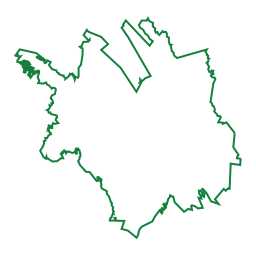 outline of San Miguel Soyaltepec, Oaxaca, Mexico
{"feature_id": "50627088B40621475737534", "entity_name": "San Miguel Soyaltepec", "entity_type": "district", "adm_level": 2, "iso_a3": "MEX", "parent_name": "Mexico", "parent_adm1": "Oaxaca", "projection": "equal_earth", "projection_center": [-96.489, 18.251], "detail": "fine", "context": "isolated", "style": "outline", "palette": "green", "viewbox_px": 256, "rotation_deg": 0, "n_neighbors": 0, "source": "geoboundaries", "source_scale": "gbopen_adm2", "svg_char_len": 5557}
<svg xmlns="http://www.w3.org/2000/svg" viewBox="0 0 256 256"><path d="M19.8,49.4L15.4,55.5L15.8,55.8L16.7,54.1L17.0,55.8L17.9,56.3L18.2,55.2L19.4,56.7L20.5,56.4L17.9,59.8L17.8,59.2L17.2,61.8L21.1,62.2L20.0,63.1L22.3,64.6L22.8,66.5L23.6,66.1L23.1,65.5L23.6,64.0L21.7,64.0L22.0,62.7L22.1,63.5L23.7,62.8L21.5,61.1L24.9,62.0L23.1,60.3L26.1,61.5L26.3,62.7L27.4,62.2L26.7,61.2L28.4,61.7L29.4,63.2L28.0,63.9L27.9,62.5L27.3,64.3L26.9,63.8L26.1,64.6L26.3,63.9L25.6,63.1L25.2,64.8L24.7,64.2L24.3,65.5L25.3,65.6L25.2,66.7L25.5,65.8L28.0,65.3L26.8,66.1L27.3,66.2L26.7,67.1L27.4,67.1L26.8,67.6L27.2,68.9L26.4,68.5L26.2,69.9L26.0,69.0L25.3,69.3L25.6,67.7L24.8,69.0L25.0,69.8L24.3,68.9L24.5,67.9L23.7,68.3L24.3,69.4L23.7,72.0L24.3,72.2L24.3,70.2L24.8,70.8L26.1,70.2L24.9,71.5L24.8,72.6L25.6,72.4L25.5,71.0L26.3,70.3L27.4,70.3L27.4,69.2L28.6,69.8L29.1,67.9L28.0,67.8L27.8,66.9L28.0,65.6L29.2,64.6L29.7,64.7L28.7,65.5L28.5,67.3L29.1,67.1L29.1,66.2L33.8,68.1L33.7,69.3L33.6,68.5L32.8,68.4L32.7,70.6L31.9,67.5L30.2,67.8L31.9,68.7L31.8,69.4L30.7,68.9L30.4,69.8L30.8,69.1L32.2,70.5L31.2,70.8L31.4,71.7L29.8,70.4L29.7,71.2L30.9,72.4L30.1,73.3L29.4,72.3L29.3,73.2L28.0,73.3L28.9,73.3L28.9,74.2L28.2,74.5L28.6,75.6L29.2,75.5L29.0,74.2L30.2,73.8L30.1,75.1L30.8,76.0L30.0,76.9L30.5,77.8L33.3,74.1L34.3,73.9L33.5,73.3L33.5,71.2L35.1,71.3L34.9,71.8L36.5,72.7L37.0,71.2L37.8,72.0L38.5,70.7L39.1,71.0L39.0,72.8L37.7,77.3L39.3,80.8L38.2,83.1L43.5,83.6L46.0,82.4L47.3,84.7L48.7,85.1L51.8,88.7L52.8,87.7L55.0,88.2L55.9,89.4L54.9,94.1L51.9,95.4L50.7,98.2L52.7,100.8L53.0,103.1L51.5,103.2L52.0,104.4L50.9,105.9L49.6,105.3L49.8,107.4L49.1,108.9L47.2,110.0L48.0,110.2L48.7,112.7L50.2,112.4L50.9,114.0L56.8,115.6L57.1,117.5L56.1,118.3L55.7,120.1L58.3,123.1L54.9,123.9L53.1,123.0L52.4,124.6L52.2,128.0L51.3,128.0L50.5,125.9L47.9,125.2L50.0,126.9L49.5,127.8L48.0,128.0L47.9,128.6L48.7,128.3L48.3,129.0L49.0,129.9L48.2,130.7L48.8,130.7L49.5,132.5L50.5,132.6L51.1,134.0L48.4,135.5L47.1,138.1L45.3,138.0L45.5,140.7L43.8,141.2L44.1,143.4L42.8,146.8L40.2,150.7L43.5,157.0L45.9,158.7L46.5,156.6L47.0,158.6L48.0,158.6L52.3,161.5L57.2,161.2L61.2,158.1L63.1,158.3L61.7,154.7L60.8,154.1L61.9,152.3L63.0,153.0L63.7,150.5L64.3,150.3L65.8,153.2L66.4,151.6L67.3,152.2L68.4,151.5L72.6,153.0L74.6,152.1L75.6,150.3L76.0,153.7L76.8,153.6L76.8,150.8L75.7,149.1L76.3,148.5L77.9,149.6L78.0,147.8L78.6,149.9L79.6,150.4L79.8,153.0L80.3,153.1L80.4,156.3L79.6,157.0L79.5,158.9L78.2,161.1L80.0,165.1L85.9,171.7L89.8,172.2L96.5,180.9L98.1,180.9L97.3,177.4L98.3,176.9L99.7,178.1L100.1,180.1L100.6,179.8L100.4,179.0L101.2,179.1L101.5,180.2L100.8,182.3L101.5,184.8L101.0,186.0L101.9,188.6L106.8,191.1L106.8,193.9L109.1,196.6L111.0,202.4L111.9,203.0L111.6,205.1L113.2,207.6L112.7,209.5L112.5,209.0L113.3,211.0L113.9,211.6L113.3,212.3L112.8,211.7L113.5,213.8L112.9,213.5L111.3,217.6L110.3,218.1L109.8,220.5L114.9,220.6L115.2,219.2L114.5,217.9L115.6,217.8L115.9,220.7L124.3,220.9L121.6,228.9L127.9,230.6L136.5,237.7L137.9,235.4L139.4,229.6L140.4,228.2L142.4,226.3L152.4,221.4L154.8,216.7L159.6,210.3L161.8,213.4L162.4,212.5L161.6,210.9L162.3,210.6L161.3,209.1L161.8,208.1L162.6,208.3L162.5,209.8L163.3,209.7L163.3,209.0L164.2,209.5L165.2,207.9L164.4,208.1L164.6,207.2L165.1,206.5L165.9,207.0L165.8,205.7L164.2,206.0L163.3,204.6L163.8,203.8L164.7,205.0L164.9,204.3L166.3,204.6L166.3,203.6L166.9,203.8L168.2,199.0L169.7,197.2L170.2,195.3L171.9,196.5L173.2,196.5L174.7,202.3L184.1,211.8L188.2,208.9L192.0,209.9L191.2,206.0L192.0,205.3L194.9,206.2L198.0,208.4L202.8,207.8L198.6,197.7L201.4,198.5L200.8,196.1L199.2,193.7L198.9,190.6L200.6,191.0L202.0,192.5L202.4,195.7L204.0,196.8L204.4,193.0L203.3,190.5L201.9,189.4L202.7,188.8L206.5,193.1L211.0,201.3L218.6,204.0L215.0,199.2L223.8,188.9L225.6,190.7L227.4,189.0L228.2,188.8L228.4,189.6L228.6,188.3L229.6,188.7L230.7,163.6L240.1,165.0L240.6,159.5L240.1,158.6L236.9,158.3L237.1,156.6L238.5,154.9L233.3,147.1L234.6,134.5L234.1,132.2L226.4,122.4L222.9,123.8L222.9,122.7L218.3,122.3L220.8,117.1L220.0,116.1L217.5,115.9L217.2,114.6L214.2,111.5L214.9,109.5L213.8,106.3L212.4,105.6L211.9,103.2L210.5,102.1L213.3,83.7L215.4,78.9L214.5,77.5L212.3,77.3L210.9,75.7L211.9,74.9L211.4,73.8L213.4,73.9L212.9,72.1L213.3,70.8L211.7,70.5L210.9,71.8L209.4,71.9L208.2,69.1L209.1,66.5L207.6,64.6L207.6,62.9L206.8,62.7L208.3,61.2L208.3,59.0L209.0,58.5L207.8,57.9L208.1,55.7L206.9,55.1L207.0,54.1L205.5,51.7L206.8,49.5L177.1,58.0L174.5,55.9L173.7,54.6L173.6,52.6L171.9,51.2L170.7,45.6L171.5,44.8L169.6,44.3L168.8,40.9L168.9,37.6L166.9,36.7L166.8,33.3L165.8,31.8L163.3,32.2L162.6,31.2L159.3,35.0L158.1,33.9L157.4,32.0L155.9,32.7L154.9,30.4L155.2,28.4L152.8,26.4L153.0,22.9L149.5,21.2L147.9,18.3L146.6,20.6L141.8,20.5L138.9,25.1L140.0,27.5L143.3,29.9L144.9,33.2L148.0,35.7L149.7,38.9L152.8,41.2L149.6,45.7L125.8,20.5L123.1,24.6L123.6,25.7L121.6,27.6L128.3,37.4L150.6,76.0L145.2,78.3L142.0,81.3L140.2,79.4L140.4,81.1L139.7,82.5L140.8,82.2L141.0,83.1L136.4,91.8L120.6,67.8L101.2,49.9L108.0,44.2L101.1,36.8L88.5,31.8L86.9,29.9L83.6,35.1L88.5,40.4L89.7,39.3L89.7,40.3L88.1,41.7L83.4,41.9L81.4,46.3L79.8,46.7L80.6,47.7L81.7,47.4L82.7,48.9L82.5,55.0L81.0,64.7L78.6,67.8L78.6,76.3L77.8,77.8L75.5,76.8L74.7,79.7L73.8,76.6L74.5,76.0L73.1,74.3L72.8,74.9L72.4,73.7L71.1,74.6L70.8,73.8L69.9,73.7L68.8,76.3L65.4,79.0L65.5,78.2L64.3,77.3L63.6,75.5L62.3,75.6L58.6,73.9L58.8,73.3L56.8,72.0L56.4,70.4L52.2,69.3L48.9,65.0L50.7,62.1L47.3,60.3L46.2,62.6L44.8,63.1L43.6,60.4L40.8,59.8L37.1,57.7L36.3,56.3L37.7,57.2L39.8,57.0L43.4,59.2L44.4,61.6L44.9,59.9L36.2,53.1L19.8,49.4Z" fill="none" stroke="#15803d" stroke-width="2"/></svg>